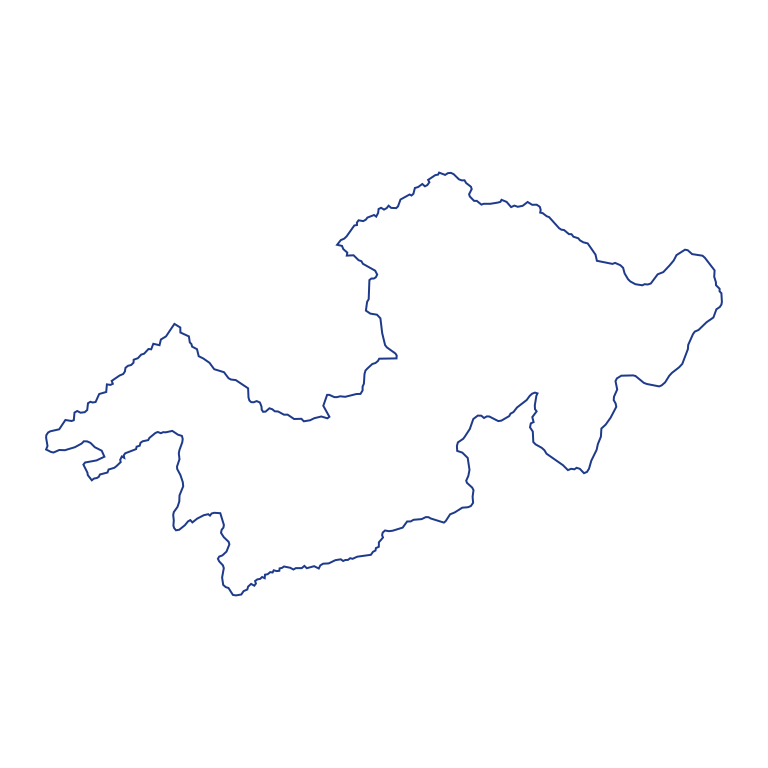 the district of Coração de Jesus, Minas Gerais, Brazil
{"feature_id": "56859067B17477073660102", "entity_name": "Coração de Jesus", "entity_type": "district", "adm_level": 2, "iso_a3": "BRA", "parent_name": "Brazil", "parent_adm1": "Minas Gerais", "projection": "orthographic", "projection_center": [-44.426, -16.615], "detail": "fine", "context": "isolated", "style": "outline", "palette": "blue", "viewbox_px": 768, "rotation_deg": 0, "n_neighbors": 0, "source": "geoboundaries", "source_scale": "gbopen_adm2", "svg_char_len": 6075}
<svg xmlns="http://www.w3.org/2000/svg" viewBox="0 0 768 768"><path d="M337.1,244.8L342.0,245.9L343.3,249.1L347.3,252.6L346.8,255.6L353.6,255.3L358.6,260.2L361.4,261.2L362.9,263.8L375.2,270.7L377.2,274.6L375.8,277.3L373.9,278.5L371.4,278.5L369.4,280.1L368.7,299.2L367.1,301.9L365.9,310.6L370.3,313.6L377.0,314.7L380.4,318.3L382.2,333.2L385.1,345.1L386.9,347.4L395.4,353.5L396.7,355.5L396.5,358.4L379.2,358.7L378.0,360.9L375.5,363.0L372.3,364.0L367.5,368.4L365.5,370.5L364.5,374.0L363.9,383.7L362.6,386.6L362.6,390.4L360.5,393.9L356.5,394.0L345.2,396.8L340.2,396.3L337.0,397.1L334.3,397.1L329.4,394.9L327.1,394.9L323.3,405.8L329.4,416.8L327.4,418.3L321.3,416.5L314.3,418.2L310.0,420.3L303.8,421.3L301.4,418.8L294.1,419.0L287.7,414.7L284.0,414.7L278.1,411.5L274.8,411.3L272.2,409.2L269.4,408.3L265.6,411.6L263.1,411.8L261.7,409.6L261.5,406.6L259.9,402.5L256.7,401.1L253.5,402.3L251.1,402.1L249.4,400.5L248.5,397.5L248.1,388.3L235.8,380.1L230.9,379.5L228.5,378.2L224.0,372.2L214.2,369.2L209.5,362.8L203.3,358.5L198.7,356.2L197.0,349.2L192.1,346.6L191.4,344.0L189.8,342.4L188.9,336.4L180.4,332.5L180.3,327.5L174.4,323.9L166.0,336.4L160.9,339.5L159.5,345.2L153.3,343.8L151.2,349.3L148.5,349.0L144.1,353.7L141.2,354.6L137.9,358.2L133.7,359.7L133.5,362.7L131.2,365.0L128.0,365.8L125.5,367.8L124.9,371.5L123.2,374.0L119.6,375.5L111.7,380.9L112.8,383.8L110.5,384.9L106.9,384.4L106.2,392.0L99.2,394.0L95.6,402.0L92.8,402.5L90.4,401.8L88.0,403.2L87.2,410.0L84.7,412.2L80.5,412.7L77.2,411.0L74.5,412.6L73.8,420.2L71.6,421.0L65.4,420.0L59.2,429.3L50.3,431.3L48.1,432.5L46.3,435.2L46.1,437.7L47.5,446.0L46.1,449.5L51.1,452.0L53.5,452.5L59.3,450.0L64.9,450.2L74.9,447.2L81.7,443.5L83.8,441.3L87.2,441.4L90.5,442.9L94.8,447.2L101.7,450.7L104.4,456.7L96.6,460.4L85.1,462.5L83.4,464.6L87.4,472.6L87.8,475.1L91.8,480.3L93.9,478.6L96.9,478.0L98.8,476.8L99.9,474.5L107.5,472.5L108.6,469.5L114.3,467.8L116.5,466.1L120.7,462.1L120.2,459.8L121.8,456.5L124.2,457.8L123.7,455.4L125.2,453.3L136.1,449.1L136.6,446.7L139.7,445.7L140.5,442.8L142.6,441.3L148.2,440.1L149.4,437.9L155.5,432.9L157.8,432.0L160.9,433.2L163.1,432.2L165.8,432.3L172.3,430.9L178.0,434.7L181.9,435.9L182.7,438.9L182.3,442.2L179.4,450.2L178.8,453.4L179.5,459.2L177.0,466.6L177.2,469.0L180.4,475.0L182.8,482.2L183.2,486.3L179.5,495.4L179.3,501.5L177.5,506.9L173.8,512.1L173.2,515.0L173.8,520.5L173.4,525.6L174.1,528.0L176.0,530.3L179.3,529.7L184.9,525.2L188.0,521.4L190.3,520.1L192.4,522.4L197.2,518.6L203.8,515.2L208.2,514.2L210.0,515.6L211.6,513.5L214.3,512.8L220.3,513.2L223.9,525.0L223.4,527.7L221.7,529.7L221.0,532.8L223.8,537.2L228.6,541.8L229.4,544.3L226.5,551.6L222.4,555.4L219.2,556.6L217.9,558.8L219.2,561.4L222.9,565.3L223.8,568.1L222.1,577.5L223.2,584.9L225.7,587.1L228.5,588.0L232.9,594.9L236.0,595.4L241.3,594.5L243.6,591.1L247.3,589.5L248.1,586.6L251.1,583.9L254.3,585.7L255.9,583.6L255.1,581.0L257.3,579.4L260.1,578.9L262.1,577.0L264.7,578.2L265.0,574.7L267.7,574.2L270.2,572.1L272.6,572.5L273.7,570.3L276.8,571.1L279.3,570.8L279.6,568.4L282.0,567.9L284.0,566.5L290.3,567.8L293.4,569.5L295.9,568.1L301.8,568.1L304.4,565.9L306.8,568.2L314.1,566.2L318.8,568.5L320.3,565.4L323.1,563.7L328.7,563.4L335.3,560.2L340.8,559.3L343.1,561.0L345.3,560.0L348.0,559.9L350.2,558.2L352.6,558.8L357.2,556.7L370.9,554.8L373.0,551.8L375.5,550.5L375.9,548.1L378.8,546.8L378.9,542.3L383.0,537.5L382.1,535.1L382.7,532.6L385.0,530.5L389.0,531.2L392.7,530.7L402.7,527.6L407.1,521.5L410.8,521.4L413.5,519.8L421.7,519.1L425.8,517.1L428.6,517.2L430.5,518.4L443.9,522.6L445.7,521.1L450.1,514.3L454.6,512.5L462.2,507.7L468.1,507.2L470.9,506.0L473.1,502.8L472.6,496.7L473.5,490.2L472.2,487.6L467.0,482.9L466.2,480.7L468.3,476.0L469.5,469.9L467.7,457.9L462.3,452.6L457.2,450.9L456.9,446.0L457.9,442.4L463.2,438.8L464.7,436.8L469.8,429.0L473.3,419.0L477.8,415.6L481.3,415.7L484.0,418.0L486.8,416.4L489.3,416.5L498.3,421.1L501.4,420.6L509.2,416.1L510.5,413.7L513.4,412.1L517.0,407.5L526.7,400.0L529.7,395.9L532.1,393.7L535.0,392.6L537.5,393.4L536.4,395.7L534.8,405.4L535.0,409.1L536.6,411.4L532.3,417.1L533.6,422.1L530.8,423.4L530.0,427.3L532.8,431.6L533.3,442.0L535.6,444.4L541.7,447.8L544.4,450.2L546.5,453.7L563.0,465.2L567.9,470.1L571.2,468.8L574.4,469.3L576.6,467.8L579.8,468.8L584.0,473.2L587.0,471.9L589.0,468.7L591.3,460.7L596.6,449.9L597.9,444.0L600.9,436.7L601.4,428.5L605.6,424.7L610.6,417.7L616.3,406.8L615.6,403.4L613.7,400.1L614.0,396.7L617.2,389.5L615.5,381.1L616.9,378.4L621.3,375.7L633.1,375.4L635.5,376.0L643.9,382.9L646.9,384.0L659.2,386.4L661.6,385.4L665.1,382.4L669.3,375.7L672.0,372.8L679.1,367.3L682.3,363.9L687.9,349.1L688.2,344.9L693.0,334.1L694.8,331.6L698.5,330.0L706.7,322.1L713.4,317.5L716.4,309.3L719.8,307.0L721.4,304.6L721.9,301.9L721.4,293.2L719.6,291.4L719.6,288.8L716.0,285.2L715.9,282.2L714.2,276.7L714.6,270.4L704.9,257.8L702.5,255.7L692.1,254.1L687.7,250.2L685.0,249.7L676.5,255.1L673.7,260.5L669.7,265.3L663.3,272.1L657.7,274.3L650.8,283.5L647.8,284.5L644.6,284.2L642.3,285.3L635.4,284.2L630.4,281.5L628.1,279.3L624.6,273.4L623.1,267.8L620.3,265.2L615.1,262.9L612.5,263.9L596.9,260.8L595.5,254.6L587.7,243.4L583.3,242.3L579.9,240.3L578.3,238.3L573.4,236.7L571.5,234.2L568.9,234.1L564.0,230.0L561.4,229.7L559.1,228.2L549.1,217.1L546.8,216.3L542.6,213.1L540.2,212.6L540.7,209.9L539.8,206.8L536.7,204.7L532.2,204.8L527.6,202.0L522.7,205.8L517.8,206.8L514.4,205.6L511.1,207.1L506.6,201.9L501.5,199.8L500.4,201.9L497.7,202.6L490.3,203.8L483.7,203.8L481.4,204.6L476.8,200.9L474.1,200.9L469.8,196.5L469.1,194.2L471.7,189.1L470.9,186.7L466.1,183.0L464.5,180.3L461.8,180.4L458.9,179.3L453.7,174.2L451.0,172.9L448.0,173.1L445.1,174.9L439.1,172.6L438.1,174.6L435.3,175.1L428.1,179.9L429.4,182.2L427.3,185.1L424.9,186.3L422.3,184.0L418.2,187.0L414.9,188.0L413.4,193.8L411.5,195.5L409.6,194.5L400.5,199.5L398.0,206.4L396.2,208.1L391.2,207.9L388.6,205.7L386.7,208.1L384.0,209.6L381.1,207.8L378.6,209.0L378.1,213.0L376.2,216.6L374.1,215.0L367.4,217.6L365.8,219.7L363.2,221.1L358.6,220.3L356.9,222.6L357.0,225.0L354.3,225.5L346.5,236.5L344.1,238.7L340.8,240.1L337.1,244.8Z" fill="none" stroke="#1e3a8a" stroke-width="2"/></svg>